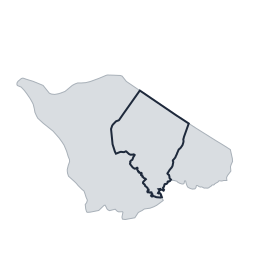 where Homs (Hims) sits in Syria, rotated 248°
{"feature_id": "SYR-139", "entity_name": "Homs (Hims)", "entity_type": "Province", "adm_level": 1, "iso_a3": "SYR", "parent_name": "Syria", "parent_adm1": "", "projection": "equal_earth", "projection_center": [37.187, 34.261], "detail": "fine", "context": "in_parent", "style": "outline", "palette": "slate", "viewbox_px": 256, "rotation_deg": 248, "n_neighbors": 0, "source": "natural_earth", "source_scale": "10m", "svg_char_len": 6143}
<svg xmlns="http://www.w3.org/2000/svg" viewBox="0 0 256 256"><g transform="rotate(248 128 128)"><path d="M45.6,88.7L47.6,89.0L51.7,91.7L52.4,91.6L53.7,88.0L54.9,86.8L57.5,85.7L58.3,79.9L59.5,78.8L60.9,78.2L63.2,78.1L65.1,77.8L65.2,76.7L62.5,70.0L62.8,68.4L64.1,61.6L64.9,59.0L65.7,58.2L68.8,58.5L73.1,59.7L74.2,61.6L76.3,63.3L79.5,63.2L83.1,63.5L86.0,63.6L88.2,62.4L93.3,60.2L95.9,59.4L98.2,58.4L105.6,54.8L108.6,55.0L110.6,55.5L112.2,56.1L115.7,58.6L118.6,61.2L120.6,61.9L124.2,61.9L129.5,62.4L136.0,62.3L139.7,61.6L144.5,60.4L153.1,57.4L164.3,51.1L170.9,48.0L173.7,47.7L177.4,47.6L181.2,48.4L185.4,49.0L187.3,48.9L191.9,48.3L197.8,47.0L201.5,46.0L205.9,44.3L208.7,41.5L209.6,41.2L210.8,41.7L211.3,41.9L212.5,43.5L213.8,47.6L213.8,48.1L213.6,49.3L210.7,52.7L206.9,57.4L204.1,60.3L199.3,65.2L195.7,66.3L189.7,68.1L188.1,69.8L186.6,72.6L185.8,76.4L185.6,78.8L185.5,83.3L187.0,88.0L188.4,92.4L188.7,95.4L188.6,98.3L187.3,101.4L185.9,105.7L185.2,110.5L184.9,119.6L185.0,127.3L184.9,128.6L182.5,134.1L179.6,140.5L178.3,142.0L171.8,143.9L164.8,148.6L157.0,153.8L149.8,158.6L142.3,163.6L134.6,168.8L129.0,172.6L121.5,177.6L114.7,182.3L107.8,187.2L102.5,190.9L94.5,196.7L89.8,200.1L82.9,205.1L76.9,209.6L69.6,214.8L60.6,213.3L57.8,212.4L55.4,209.9L53.7,208.5L49.5,207.2L46.7,202.5L45.1,200.8L42.3,200.0L43.5,197.0L43.7,195.1L45.0,192.6L44.2,191.1L43.8,187.7L43.3,186.9L43.1,186.0L43.6,184.9L43.4,183.8L42.9,183.3L42.7,181.6L42.3,180.4L42.5,178.9L43.1,177.9L43.8,176.0L44.5,175.5L45.8,174.3L46.1,173.0L47.2,171.8L48.6,170.9L49.0,170.1L48.7,169.6L47.3,168.7L46.5,167.2L47.2,164.9L47.7,164.2L48.6,163.1L50.5,161.4L52.0,161.1L53.4,161.1L55.6,161.3L57.3,161.6L57.7,161.1L57.7,160.6L55.6,159.2L55.4,158.1L56.0,156.9L57.5,155.1L59.3,153.7L60.2,153.5L62.3,150.8L63.6,147.7L61.5,140.4L60.2,139.2L58.1,138.2L56.9,138.0L56.8,137.5L58.4,135.7L59.6,134.0L58.3,132.5L56.0,131.8L55.2,133.4L52.2,133.5L47.6,133.5L45.6,125.7L45.3,122.3L45.4,118.4L46.8,112.8L46.2,110.1L46.1,108.4L45.8,105.9L42.2,100.7L44.2,91.1L45.6,88.7Z" fill="#d9dde1" stroke="#a8b0b8" stroke-width="1"/><path d="M58.5,133.7L57.9,133.5L57.4,133.0L56.7,131.7L56.4,131.4L55.8,131.9L55.7,132.1L55.7,132.8L55.6,133.1L55.4,133.4L55.1,133.5L53.5,133.6L53.3,133.6L53.0,133.3L52.9,133.3L52.7,133.3L52.4,133.5L51.2,133.5L51.2,133.1L51.3,132.4L51.3,132.2L53.1,128.6L53.8,127.7L54.1,127.5L54.3,127.4L54.7,126.8L55.4,126.1L55.5,125.9L55.5,125.6L55.4,125.3L55.5,125.2L55.5,124.7L55.6,124.4L55.8,124.3L56.0,124.2L56.5,124.0L56.7,124.3L56.6,124.5L56.4,124.8L56.5,125.0L57.0,125.6L57.2,125.8L57.3,125.8L57.3,125.7L57.7,125.2L57.8,125.1L58.1,125.1L58.3,125.2L58.5,125.5L59.3,125.7L59.5,125.7L59.8,125.3L59.8,125.2L59.8,124.9L59.9,124.6L60.0,124.5L60.1,124.3L60.1,124.2L60.1,123.7L60.7,123.0L60.9,122.6L61.2,122.3L61.2,122.2L61.3,122.2L61.5,122.1L61.8,122.2L61.9,122.3L62.0,122.3L62.0,122.5L61.9,122.7L61.8,122.9L61.8,123.0L62.1,123.2L62.2,123.3L62.3,123.3L62.3,123.6L62.5,123.8L62.9,124.0L63.0,124.0L63.0,123.9L63.4,123.7L64.0,123.5L65.3,123.6L67.4,122.5L67.7,122.3L67.8,122.4L68.1,122.3L68.3,122.3L69.3,122.3L69.4,122.2L69.7,121.9L69.9,121.8L70.0,121.8L70.3,121.8L70.4,121.7L70.5,121.7L70.9,121.4L71.1,121.3L71.5,121.3L71.8,121.5L72.2,121.8L72.4,122.0L73.2,123.8L73.8,125.4L74.4,125.2L74.5,125.1L75.8,123.9L76.0,123.8L76.2,123.7L76.7,123.7L76.8,123.7L77.2,123.2L77.3,123.1L77.5,123.1L77.8,123.2L77.9,123.3L78.1,123.4L78.4,123.5L78.5,123.3L78.6,123.2L79.3,122.5L79.5,122.5L79.8,122.5L80.0,122.7L80.1,122.8L80.2,123.1L80.3,123.3L80.4,123.5L80.5,123.5L81.1,123.7L81.4,123.6L81.5,123.4L81.6,123.2L81.7,122.7L81.8,122.7L82.0,122.4L82.1,122.0L82.2,121.9L82.3,121.7L82.5,121.7L83.2,121.8L83.3,121.7L83.3,121.4L83.5,121.2L83.8,121.1L84.0,121.3L84.5,121.4L84.8,121.3L85.0,121.1L85.3,121.0L85.8,121.0L86.1,121.0L86.4,121.0L86.5,121.0L87.0,121.6L87.1,121.8L87.4,121.8L87.5,121.8L87.7,121.7L87.8,121.6L87.8,121.4L87.8,121.2L87.6,120.8L87.6,120.7L87.6,119.8L87.7,119.3L87.7,119.2L87.8,118.9L88.0,118.7L88.7,118.3L89.5,117.7L89.8,117.5L90.0,117.5L90.5,117.4L91.7,117.0L93.9,116.4L94.0,116.4L94.1,116.5L94.3,116.6L94.5,116.7L94.8,117.1L95.0,117.3L95.3,117.3L95.8,117.3L96.0,117.5L96.3,117.8L96.4,118.1L96.6,118.4L96.6,118.5L96.8,119.0L96.8,119.5L96.9,120.0L97.0,120.2L97.3,120.5L98.9,121.9L99.1,122.1L99.3,122.5L100.3,123.9L100.5,124.1L100.8,124.0L100.9,123.9L101.4,123.4L101.4,123.2L101.5,123.1L101.5,122.9L101.6,122.7L101.6,122.4L101.6,122.0L101.7,121.9L101.8,121.6L101.9,121.3L102.0,121.2L102.2,120.9L102.2,120.5L102.3,120.3L103.0,119.6L103.5,119.2L106.9,117.6L107.1,117.4L107.2,117.2L107.1,116.0L107.1,115.8L107.1,115.4L107.2,115.2L107.3,114.8L107.4,114.6L108.0,113.5L108.3,113.0L108.6,112.3L108.7,111.7L108.7,107.9L108.7,107.2L111.0,107.0L118.7,107.6L133.4,111.9L136.1,114.2L136.9,115.4L138.6,119.2L138.7,119.5L138.7,119.9L138.6,121.9L138.6,122.2L138.7,122.6L138.8,122.8L143.2,129.5L158.3,153.0L121.5,177.6L115.1,182.1L109.4,186.0L98.6,176.4L97.8,175.9L97.1,175.3L96.9,175.1L96.7,175.0L96.1,174.9L95.9,174.8L94.9,174.5L94.5,174.3L94.2,174.1L93.5,173.6L91.7,172.1L89.9,169.4L89.7,168.9L89.6,168.7L89.5,168.2L89.4,168.1L89.4,167.9L89.1,167.2L89.0,166.9L86.4,164.3L86.2,164.0L85.7,163.7L83.6,161.4L83.2,161.1L83.0,160.9L81.6,158.4L81.5,158.2L81.4,157.8L81.3,157.6L81.1,157.4L80.6,157.2L80.1,157.3L79.8,157.3L79.7,157.3L79.4,157.2L76.8,155.5L76.6,155.4L76.3,155.2L75.4,154.2L75.2,153.9L75.1,153.7L74.9,153.5L74.9,153.4L74.6,152.9L74.4,152.4L74.2,152.1L73.8,151.4L73.6,151.0L73.5,150.8L73.0,150.2L72.6,149.6L72.3,149.2L71.7,148.4L71.6,148.2L71.3,147.7L71.1,147.5L70.8,147.5L70.0,147.8L69.1,148.4L68.8,148.4L66.9,148.1L66.4,147.8L65.7,147.8L65.2,147.9L64.6,148.3L64.1,148.5L63.9,148.1L63.3,147.4L63.1,146.9L63.0,146.3L63.2,145.8L63.5,145.4L63.5,145.0L63.4,144.7L63.2,144.7L62.8,144.6L62.5,144.3L62.0,143.4L61.8,143.1L61.8,142.8L61.8,142.5L61.9,142.4L62.0,142.2L62.1,141.4L62.2,141.0L62.0,140.7L61.6,140.4L61.4,140.4L61.2,140.3L60.8,139.8L60.4,139.6L60.0,139.2L59.8,138.8L59.6,138.2L59.2,138.1L58.5,138.0L57.8,138.0L57.2,138.2L56.6,137.5L57.1,137.0L57.8,136.6L58.3,136.1L58.4,135.6L58.4,135.1L58.4,134.6L58.8,134.4L59.2,134.5L59.5,134.7L59.8,133.5L59.2,133.7L58.5,133.7Z" fill="none" stroke="#1e293b" stroke-width="2"/></g></svg>